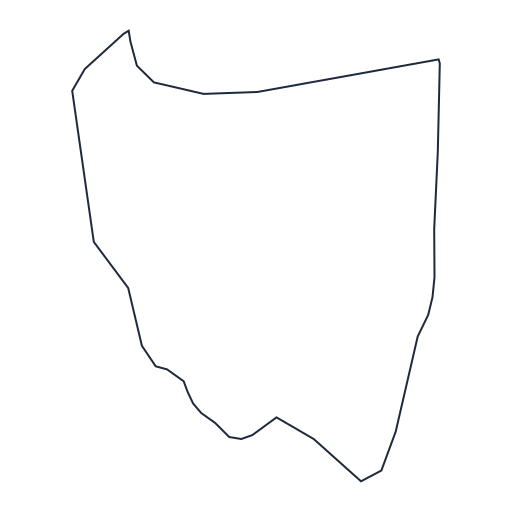 the border of Jakarta Raya
{"feature_id": "IDN-1227", "entity_name": "Jakarta Raya", "entity_type": "Special district", "adm_level": 1, "iso_a3": "IDN", "parent_name": "Indonesia", "parent_adm1": "", "projection": "natural_earth1", "projection_center": [106.832, -6.22], "detail": "fine", "context": "isolated", "style": "outline", "palette": "slate", "viewbox_px": 512, "rotation_deg": 0, "n_neighbors": 0, "source": "natural_earth", "source_scale": "10m", "svg_char_len": 544}
<svg xmlns="http://www.w3.org/2000/svg" viewBox="0 0 512 512"><path d="M128.7,30.7L130.4,41.5L136.9,65.7L153.9,82.4L203.6,93.9L257.2,92.0L438.6,59.4L439.8,63.5L437.8,151.9L434.2,229.1L434.5,277.3L432.5,297.2L428.2,314.9L417.7,336.5L395.7,431.6L381.4,470.5L361.0,481.3L313.7,439.0L276.5,417.4L252.3,435.1L241.3,439.0L229.2,437.0L215.2,423.0L201.2,413.0L193.1,403.5L187.5,391.6L183.7,381.3L167.1,369.4L155.7,366.3L141.9,345.8L128.2,288.0L93.8,241.9L72.2,90.8L84.8,69.0L123.6,33.8L128.7,30.7Z" fill="none" stroke="#1e293b" stroke-width="2"/></svg>